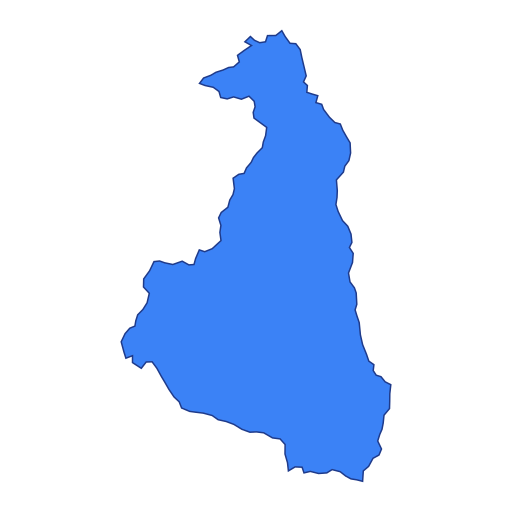 Jarinu, São Paulo, Brazil
{"feature_id": "56859067B61346440188878", "entity_name": "Jarinu", "entity_type": "district", "adm_level": 2, "iso_a3": "BRA", "parent_name": "Brazil", "parent_adm1": "São Paulo", "projection": "albers", "projection_center": [-46.723, -23.095], "detail": "fine", "context": "isolated", "style": "filled", "palette": "blue", "viewbox_px": 512, "rotation_deg": 0, "n_neighbors": 0, "source": "geoboundaries", "source_scale": "gbopen_adm2", "svg_char_len": 2324}
<svg xmlns="http://www.w3.org/2000/svg" viewBox="0 0 512 512"><path d="M317.8,95.7L311.7,93.9L306.8,92.3L307.4,85.5L303.5,81.9L306.2,75.9L304.3,67.9L301.8,57.4L300.2,49.6L295.8,43.7L290.0,43.3L285.1,36.5L281.8,30.7L275.8,35.5L267.5,35.6L265.5,41.8L259.7,42.7L254.5,40.3L250.4,36.5L244.9,41.8L251.5,45.5L244.4,50.3L237.5,55.3L239.3,61.9L233.6,66.9L228.6,67.5L223.1,70.0L215.9,72.3L210.8,75.3L203.6,78.0L199.5,83.4L205.0,85.5L213.3,87.3L219.0,91.5L220.7,97.5L227.2,98.9L233.6,96.9L241.4,99.2L249.0,96.2L254.2,101.3L255.1,106.8L253.2,112.4L254.0,118.1L266.7,127.4L265.6,135.7L263.3,142.0L262.3,147.7L257.2,152.8L253.5,157.5L251.2,162.3L246.5,167.9L244.1,173.4L238.8,174.3L233.1,178.2L234.4,188.7L233.0,194.6L229.8,200.0L227.9,207.2L221.2,212.5L218.6,217.9L220.9,225.4L219.9,232.4L221.0,240.6L212.2,248.7L204.7,251.7L199.3,249.9L195.6,258.6L194.0,264.5L188.9,264.9L182.2,261.2L172.8,264.5L164.7,262.8L159.6,261.0L154.0,261.6L149.6,270.8L143.7,278.9L143.5,287.0L149.3,293.3L147.1,302.8L142.9,309.5L137.7,314.8L135.8,320.8L134.9,326.1L129.8,328.2L125.1,333.6L121.2,341.8L124.0,352.2L125.9,358.2L132.5,355.7L132.5,362.6L141.3,368.3L146.2,362.0L152.1,361.8L156.9,368.3L161.4,376.5L164.7,382.0L169.0,389.5L174.0,396.9L179.2,401.8L181.6,408.0L189.7,411.4L195.7,412.2L203.2,413.1L212.2,415.5L218.1,419.7L226.2,421.5L233.9,424.4L241.9,429.3L249.9,432.2L256.5,431.9L263.7,432.8L272.5,437.9L280.1,438.9L285.1,444.5L285.0,454.0L287.5,462.7L288.4,470.9L295.1,466.9L302.1,467.2L304.0,472.9L310.3,471.4L318.6,473.5L326.8,472.9L332.1,469.6L340.2,471.7L345.8,476.1L351.0,478.9L356.7,479.8L362.6,481.3L363.3,470.9L368.6,466.4L373.0,458.3L379.0,455.0L381.5,449.0L377.7,441.0L379.8,434.3L382.0,429.3L383.2,423.0L384.0,415.2L389.5,408.6L389.7,401.5L389.8,393.7L390.8,384.7L385.1,381.8L381.0,376.7L376.2,375.2L373.2,370.6L373.9,364.7L368.8,361.1L366.5,354.3L362.6,344.6L360.4,334.9L359.2,322.6L356.9,315.8L355.1,309.9L356.8,304.3L356.2,293.0L354.4,287.8L350.0,281.9L348.5,273.0L352.5,262.5L353.2,253.4L349.4,247.5L351.9,242.4L351.0,234.1L347.8,226.3L342.5,220.6L338.1,211.4L335.9,204.5L337.0,197.5L337.3,190.7L336.4,179.9L343.4,172.1L344.8,166.2L348.9,160.6L350.6,153.0L350.1,142.9L346.6,137.0L342.8,130.3L340.3,124.0L334.8,122.5L329.4,117.2L323.6,109.5L321.7,104.3L315.9,102.6L317.8,95.7Z" fill="#3b82f6" stroke="#1e3a8a" stroke-width="1.5"/></svg>